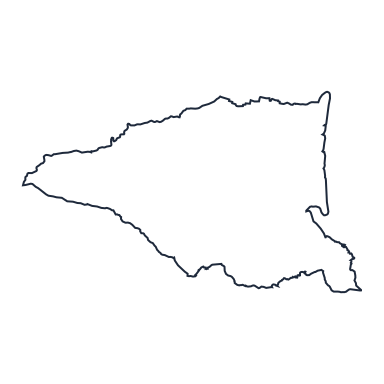 the district of Sidoarjo, Jawa Timur, Indonesia
{"feature_id": "22746128B7257810863239", "entity_name": "Sidoarjo", "entity_type": "district", "adm_level": 2, "iso_a3": "IDN", "parent_name": "Indonesia", "parent_adm1": "Jawa Timur", "projection": "mercator", "projection_center": [112.712, -7.455], "detail": "fine", "context": "isolated", "style": "outline", "palette": "slate", "viewbox_px": 384, "rotation_deg": 0, "n_neighbors": 0, "source": "geoboundaries", "source_scale": "gbopen_adm2", "svg_char_len": 6041}
<svg xmlns="http://www.w3.org/2000/svg" viewBox="0 0 384 384"><path d="M53.8,154.2L51.5,155.9L51.0,155.9L48.7,155.2L46.6,154.9L45.6,155.1L44.4,155.9L43.8,156.7L44.4,160.0L44.4,161.3L43.0,163.1L41.0,163.7L39.6,165.0L36.7,167.0L36.4,168.0L36.9,170.0L36.4,171.0L31.9,173.1L28.4,173.0L27.5,173.6L26.9,175.9L25.6,176.8L25.3,177.8L25.4,179.8L23.9,181.9L23.0,185.3L25.5,185.0L30.8,183.7L32.5,184.0L35.7,186.8L38.1,188.1L46.0,194.3L48.4,195.7L53.1,196.4L56.5,197.3L61.8,197.8L67.2,201.3L73.0,201.7L77.4,203.0L80.7,203.2L84.6,204.8L87.4,204.4L87.5,204.1L92.1,205.9L97.1,206.5L101.3,207.9L105.1,208.3L106.3,207.9L107.3,208.0L109.9,208.9L112.1,210.3L113.4,210.3L115.7,214.5L117.2,214.4L118.2,214.9L119.4,215.1L120.3,216.5L121.1,217.0L121.0,219.0L122.6,221.4L125.4,222.7L128.0,222.6L130.1,223.2L132.3,224.8L135.2,227.9L137.5,228.2L139.1,228.8L140.3,230.0L140.2,231.3L141.3,233.2L143.2,233.3L143.9,233.7L144.8,235.4L147.6,238.0L148.0,239.8L148.3,240.2L150.5,242.2L152.8,243.1L154.6,245.7L155.7,246.7L157.1,249.8L158.4,251.1L158.8,251.8L160.5,253.0L161.2,254.1L162.3,254.7L164.8,255.1L168.9,257.0L170.5,256.9L172.6,257.4L173.4,258.1L174.2,257.6L174.8,260.5L178.0,265.3L184.8,271.7L187.6,273.7L187.5,275.9L189.0,276.2L190.6,276.0L193.0,276.6L195.3,276.3L196.0,275.6L195.3,275.0L196.5,273.8L198.9,270.6L198.5,270.3L198.6,270.0L200.0,269.2L201.2,267.6L202.6,266.8L203.4,266.6L203.8,267.4L205.7,267.6L205.6,268.7L206.1,268.5L206.4,269.0L206.9,268.7L207.7,268.8L207.9,267.6L209.5,266.9L211.4,265.2L212.3,264.7L221.4,263.9L221.7,264.9L223.9,266.1L224.5,266.8L224.7,270.9L226.0,273.9L228.1,275.5L230.6,276.1L231.8,276.8L233.7,279.0L234.6,281.1L234.4,281.5L234.7,282.0L234.7,283.0L237.3,284.9L239.3,285.4L239.9,285.1L241.4,285.1L242.7,284.8L245.6,286.2L245.9,286.2L246.0,285.8L247.0,286.4L248.1,286.6L251.0,286.3L252.5,285.6L253.8,285.4L254.9,285.8L258.6,288.2L259.5,288.0L261.4,286.6L263.7,286.9L266.2,287.9L271.4,287.1L272.1,287.2L271.7,286.3L272.0,285.5L272.7,284.7L273.5,284.4L275.4,284.8L275.9,285.2L275.9,285.5L277.7,286.1L277.2,285.4L278.1,284.2L278.2,283.3L278.5,282.7L280.3,281.2L281.9,280.5L282.0,279.9L283.2,279.3L283.9,278.2L284.7,278.2L286.4,279.3L287.3,279.1L288.2,279.6L288.6,279.5L290.9,277.8L291.9,277.9L292.8,276.9L293.2,277.3L293.8,277.4L294.8,276.6L295.6,276.4L295.9,277.5L297.2,277.6L297.7,275.3L298.4,275.1L299.4,275.6L300.0,275.4L300.0,273.0L300.5,272.3L301.2,272.0L302.3,271.9L303.9,272.3L304.8,271.6L305.3,271.6L305.5,271.7L304.7,273.4L306.0,274.3L306.3,274.9L307.1,275.2L309.2,275.1L311.1,273.7L314.7,272.0L315.4,272.0L317.6,270.7L321.5,269.9L322.3,270.6L323.2,271.1L323.0,272.6L324.7,277.9L324.8,279.6L325.7,281.2L325.8,282.7L328.0,285.3L329.2,286.0L329.8,286.7L331.6,290.3L333.0,291.2L333.8,291.6L337.9,291.6L339.6,291.8L340.8,292.2L344.7,292.1L346.3,291.6L347.3,290.7L349.3,289.4L350.3,289.2L360.1,290.5L361.0,290.4L361.0,289.9L356.2,285.6L355.9,283.1L354.5,280.5L355.4,277.7L355.3,275.4L354.6,271.6L352.4,270.1L350.9,270.2L350.4,269.8L350.1,269.1L350.8,264.8L351.5,263.7L350.8,262.9L351.3,262.1L351.4,260.9L351.3,260.4L350.7,260.2L352.1,259.1L353.7,258.8L354.2,258.4L354.2,257.7L352.7,256.9L351.9,254.3L351.3,253.5L350.3,253.8L349.8,253.7L349.4,252.4L348.5,252.4L348.9,251.2L348.4,250.5L347.4,250.1L347.4,249.3L346.0,246.9L345.3,246.8L344.0,247.3L342.0,245.9L342.0,245.6L343.8,245.7L344.8,245.2L345.0,244.9L344.7,244.7L341.9,244.3L339.8,243.2L339.2,242.3L336.9,242.1L336.1,241.6L335.0,241.7L334.7,241.1L331.9,239.4L329.6,237.2L327.6,236.3L326.7,236.1L326.2,236.4L325.7,237.3L325.4,237.3L323.9,233.4L320.7,228.6L316.3,223.5L313.5,221.4L310.8,212.6L309.6,211.1L308.9,210.9L307.7,210.9L306.3,211.4L306.3,210.6L310.0,206.8L311.7,206.4L312.8,206.7L316.0,206.4L319.0,207.4L320.2,208.6L321.5,212.5L323.1,214.5L324.1,215.3L325.4,215.2L327.1,214.5L327.9,213.7L328.4,211.7L326.9,202.1L325.9,180.2L325.7,178.5L325.0,177.5L325.1,175.7L324.4,170.2L323.5,168.4L323.9,168.1L324.6,166.3L324.8,165.1L324.5,163.6L325.2,155.9L324.3,152.1L323.7,152.3L322.4,151.4L323.3,150.0L323.6,148.7L324.4,142.4L325.2,138.3L324.8,135.8L324.5,135.4L322.5,134.5L323.8,133.6L325.2,130.5L325.7,126.3L325.5,125.6L324.2,125.4L324.7,124.9L325.9,124.8L326.3,123.5L328.7,105.0L330.0,98.4L329.9,94.5L329.5,93.3L328.8,92.5L328.2,92.2L327.1,91.8L326.1,92.1L324.9,92.8L322.1,95.0L319.9,98.2L318.3,102.3L311.6,102.2L309.8,102.8L307.3,104.3L305.6,104.6L302.7,104.2L300.7,104.4L296.8,103.8L295.7,104.0L295.0,103.5L293.5,103.9L292.7,104.8L291.0,104.7L288.9,103.4L287.2,102.7L283.8,104.0L282.1,103.8L279.7,103.3L279.7,101.7L278.1,101.2L278.1,100.5L275.3,100.2L272.3,98.9L271.7,99.1L270.8,100.8L270.0,100.9L269.7,100.7L269.4,98.2L266.2,98.3L260.6,97.0L260.1,97.2L259.6,98.4L259.0,101.4L254.5,101.5L250.7,100.2L249.9,103.7L245.7,103.4L245.4,104.6L243.1,104.8L242.9,106.1L238.1,106.3L236.6,106.0L235.8,105.1L235.6,104.2L232.2,103.2L232.3,101.9L229.0,101.0L229.3,99.5L221.2,97.0L220.2,96.5L218.6,98.1L216.9,99.0L214.2,101.5L208.7,104.0L202.4,105.8L199.3,107.9L197.8,108.4L195.3,108.7L190.8,108.4L189.1,108.7L186.6,108.7L185.3,110.1L183.4,110.8L181.3,113.6L180.2,114.4L179.8,115.4L180.0,116.0L179.6,117.3L178.7,117.2L177.2,116.5L173.6,117.1L171.8,116.4L170.9,116.3L168.9,117.9L167.6,118.5L165.5,118.6L164.9,118.9L162.7,120.8L161.0,121.8L159.6,122.1L156.9,121.1L155.3,121.9L154.2,122.0L151.5,120.7L150.3,121.0L147.4,122.6L144.7,123.0L140.4,124.4L137.2,124.3L134.5,125.4L130.9,125.4L129.8,124.7L129.4,124.0L128.2,123.7L127.9,123.9L127.5,124.6L127.9,127.2L127.7,128.1L126.8,129.5L124.7,130.8L124.3,131.4L124.1,132.6L124.3,133.8L123.9,134.3L121.8,134.3L120.6,134.6L120.2,135.1L120.1,136.8L119.8,137.3L117.8,138.0L116.9,138.5L116.2,140.1L114.6,141.2L114.0,141.3L113.5,140.9L113.2,138.0L112.5,137.7L111.8,137.8L111.1,139.5L111.3,140.5L111.0,141.0L111.4,144.8L111.1,145.5L110.2,146.0L106.6,146.6L105.1,147.3L104.1,147.5L102.2,147.2L99.1,148.0L98.3,148.6L97.6,149.8L96.5,150.5L92.8,151.4L91.5,151.2L91.3,152.4L89.9,151.9L87.8,151.7L81.9,152.6L78.7,151.2L76.4,150.6L73.8,151.0L70.8,152.1L70.5,152.0L68.1,152.6L62.8,152.9L55.1,154.2L53.8,154.2Z" fill="none" stroke="#1e293b" stroke-width="2"/></svg>